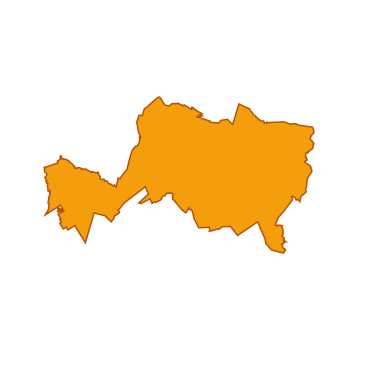 outline of Rosales, Chihuahua, Mexico, rotated 238°
{"feature_id": "50627088B98437787119642", "entity_name": "Rosales", "entity_type": "district", "adm_level": 2, "iso_a3": "MEX", "parent_name": "Mexico", "parent_adm1": "Chihuahua", "projection": "albers", "projection_center": [-105.763, 28.244], "detail": "fine", "context": "isolated", "style": "filled", "palette": "amber", "viewbox_px": 384, "rotation_deg": 238, "n_neighbors": 0, "source": "geoboundaries", "source_scale": "gbopen_adm2", "svg_char_len": 6065}
<svg xmlns="http://www.w3.org/2000/svg" viewBox="0 0 384 384"><g transform="rotate(238 192 192)"><path d="M223.9,74.7L205.5,74.7L226.1,97.9L218.0,105.6L209.5,107.6L210.6,110.8L211.6,112.5L212.5,113.2L212.8,113.7L212.5,116.1L213.0,116.9L212.8,117.6L212.7,117.7L212.9,119.0L213.4,119.9L215.4,119.5L218.7,129.0L221.2,155.2L213.3,153.9L210.9,141.2L209.3,142.4L208.5,152.8L203.4,152.1L203.3,152.4L203.9,153.2L203.8,154.2L203.3,154.9L202.3,155.5L202.5,156.5L202.4,157.6L201.9,158.3L202.0,160.4L201.8,160.8L202.1,161.1L202.1,162.0L202.7,162.6L202.7,163.1L203.4,163.6L203.8,164.8L203.6,166.4L203.0,167.4L203.9,168.4L204.4,169.9L203.9,170.4L203.0,172.5L201.9,173.4L201.8,174.2L200.7,174.7L199.9,174.8L198.9,173.2L198.2,173.0L197.0,172.3L196.7,171.9L195.8,171.8L193.8,172.5L182.2,174.0L177.6,175.6L180.2,181.1L178.4,180.8L177.8,181.1L177.3,182.2L173.7,181.6L168.8,179.7L158.0,178.8L152.9,188.0L151.1,187.1L149.8,186.8L149.7,186.1L148.9,187.4L148.2,189.6L147.9,190.0L148.0,190.3L147.6,192.8L147.2,193.5L146.9,193.6L146.7,194.0L146.7,194.7L145.9,195.8L146.5,197.4L146.3,197.6L146.7,198.9L143.6,204.2L142.9,205.1L142.8,205.5L143.0,205.8L142.3,206.4L131.0,207.6L131.8,229.5L131.6,232.1L124.8,230.6L113.8,229.2L109.2,227.3L100.7,228.7L91.6,237.3L92.7,238.7L93.0,240.4L93.4,240.5L93.7,240.1L94.7,240.5L95.4,239.9L96.1,239.6L97.6,239.9L98.7,240.3L100.0,240.2L100.2,241.0L100.0,241.3L100.1,241.7L99.9,241.8L99.8,242.3L100.2,242.8L100.2,243.3L100.6,243.8L100.3,243.9L100.1,244.3L100.3,244.6L100.0,245.2L100.8,244.8L101.4,243.9L101.8,244.7L102.9,244.1L103.1,244.9L103.3,245.3L104.0,245.7L104.7,245.7L104.9,245.4L104.7,245.2L105.3,245.0L106.4,245.2L106.7,245.0L107.3,245.4L107.2,245.9L107.9,246.5L108.3,247.2L109.7,247.6L110.3,248.3L111.2,248.6L111.9,249.1L112.9,249.6L114.1,249.3L115.5,250.7L115.7,250.2L116.4,250.0L116.5,249.6L117.6,248.5L117.6,247.6L118.2,247.5L118.2,246.9L118.7,246.6L118.4,246.1L118.5,245.8L119.5,245.6L119.8,245.3L120.5,245.4L121.5,247.4L122.9,249.0L123.1,249.8L123.7,250.5L124.4,250.7L126.6,258.3L132.2,273.3L135.4,274.0L135.4,274.7L135.2,274.7L134.8,275.2L132.2,276.4L130.0,276.2L130.1,277.0L129.9,277.6L129.6,277.5L128.7,278.0L126.6,278.3L127.6,279.0L128.6,280.4L130.4,281.9L130.9,283.8L130.9,285.0L131.5,288.5L131.7,288.8L131.9,289.1L133.6,289.5L134.5,290.1L135.7,291.7L137.9,293.6L139.9,294.8L140.4,295.4L142.3,297.0L145.9,304.6L147.8,305.3L148.5,305.3L149.3,305.8L151.5,306.2L152.0,306.1L153.2,305.2L154.8,304.7L156.0,303.9L157.6,303.6L158.4,304.4L157.9,305.2L157.9,305.7L158.2,306.8L158.8,306.9L159.4,306.6L160.0,306.7L160.6,307.2L160.8,306.8L161.4,306.6L162.3,307.5L164.0,308.4L164.7,309.6L163.9,310.3L164.1,310.8L164.4,311.0L163.9,311.5L164.9,312.8L164.6,313.3L165.0,314.6L164.8,316.9L165.2,317.2L165.4,317.8L165.8,318.1L167.5,319.9L167.9,320.0L167.9,320.5L168.2,321.0L168.9,321.0L169.6,320.8L170.4,321.0L171.3,320.8L172.1,320.9L172.5,320.4L172.9,320.1L173.7,320.4L174.1,320.3L175.0,320.9L175.1,321.3L176.7,323.1L177.5,326.0L177.9,326.8L179.4,327.7L181.2,328.4L183.2,328.5L192.3,317.7L194.9,316.2L195.7,314.8L196.0,314.6L196.3,313.4L197.8,311.0L202.6,307.4L209.4,295.5L209.2,295.2L211.5,292.4L210.5,291.9L212.3,289.7L213.0,290.2L214.1,290.4L214.7,289.9L214.9,288.9L215.8,288.1L216.9,287.9L217.7,287.3L219.8,286.6L223.0,286.0L224.5,285.2L227.7,285.2L230.1,284.5L231.9,285.0L236.7,281.6L241.8,278.5L227.9,262.4L228.0,262.0L234.8,260.6L237.5,254.3L236.3,251.3L241.6,244.3L242.5,244.9L253.9,235.4L251.1,240.9L253.3,239.8L252.9,240.5L252.7,242.2L259.2,238.7L259.5,238.9L261.8,237.2L262.7,237.8L263.9,236.7L262.6,235.8L262.3,235.3L270.0,231.5L270.0,229.9L271.8,229.0L272.7,228.2L274.7,227.3L274.7,226.3L277.6,221.8L277.0,218.3L277.6,218.1L277.8,217.6L279.1,215.9L280.7,215.0L288.1,215.1L290.1,214.3L290.1,211.5L287.7,197.3L287.9,195.7L283.0,190.2L284.3,189.1L285.1,187.5L280.2,181.9L279.3,181.7L270.4,178.1L266.4,177.7L266.4,176.3L265.3,176.3L264.9,177.6L264.9,176.0L262.0,173.6L261.5,172.9L261.3,172.1L260.7,171.0L260.0,170.3L260.6,168.5L260.4,166.9L259.5,165.2L259.5,164.7L259.2,163.6L258.6,162.8L257.6,162.1L257.3,161.3L256.3,160.0L245.4,148.5L244.6,145.5L242.2,139.3L241.3,138.2L242.9,136.5L240.0,134.0L236.4,130.2L237.4,130.1L237.9,129.7L239.0,130.0L239.1,128.2L239.8,128.2L240.4,127.7L241.7,127.4L241.8,126.9L242.2,126.8L243.8,125.6L245.8,126.0L246.3,125.5L246.6,125.4L247.5,123.6L248.2,123.7L248.7,124.4L248.9,124.4L250.1,123.2L250.5,121.4L252.7,121.4L253.9,122.3L255.0,122.4L256.5,121.9L257.3,122.2L257.7,123.0L258.7,122.8L258.6,122.2L258.7,121.5L259.4,120.9L259.7,120.3L260.4,119.8L261.1,118.8L261.2,119.0L262.2,118.5L262.3,117.8L261.9,117.5L261.8,116.9L262.8,116.8L263.1,116.3L264.1,116.2L264.3,115.8L265.1,115.7L265.6,115.1L265.6,114.7L267.0,114.6L267.8,114.2L268.5,112.4L269.2,111.9L269.2,111.0L269.5,110.7L270.1,111.0L270.5,110.7L270.6,110.3L271.1,110.3L271.6,109.7L272.3,109.5L272.8,108.4L273.1,108.1L273.1,107.5L273.4,107.1L273.3,106.1L273.9,106.0L274.1,105.7L274.7,105.3L274.9,105.7L275.6,106.1L276.2,106.1L276.3,105.8L277.0,105.4L279.6,105.2L280.7,104.6L282.7,104.1L283.8,104.1L284.1,103.6L285.2,103.3L285.5,102.6L286.3,102.4L287.0,102.0L287.3,101.6L287.4,101.1L288.2,100.4L288.6,100.4L289.3,99.0L289.6,98.9L290.7,99.2L290.4,99.6L290.8,99.9L291.1,99.8L291.7,100.1L292.3,100.0L292.4,99.9L292.1,99.3L290.7,98.2L289.5,97.9L289.5,94.1L287.7,93.4L291.1,79.6L289.7,79.4L288.8,78.3L286.3,77.8L285.2,78.3L284.0,78.5L283.5,78.0L282.7,76.5L282.3,74.8L278.6,74.8L278.6,73.8L277.8,74.2L277.1,73.7L276.4,73.5L275.7,74.3L275.3,74.4L274.5,73.0L272.8,72.2L271.5,71.9L269.8,70.7L269.2,70.5L268.2,71.0L268.0,71.5L268.6,72.2L268.4,72.4L267.0,71.2L266.4,71.1L266.0,70.3L264.6,70.2L263.7,67.7L263.3,67.8L262.9,67.6L259.2,64.2L258.5,64.0L257.9,64.7L257.6,64.6L255.9,63.0L254.9,62.5L253.5,61.2L252.9,60.5L252.8,59.8L251.6,58.7L251.4,57.2L250.4,55.5L250.5,73.3L244.0,73.4L243.9,72.0L247.1,72.0L247.1,70.7L248.9,70.7L248.9,69.3L247.2,69.3L247.1,67.8L245.7,67.9L245.7,70.7L243.9,70.7L243.9,66.6L239.0,66.7L239.0,65.3L235.6,65.3L235.6,63.3L228.9,63.2L228.9,66.7L225.6,66.7L225.6,75.1L224.9,75.1L223.9,74.7Z" fill="#f59e0b" stroke="#b45309" stroke-width="1.5"/></g></svg>